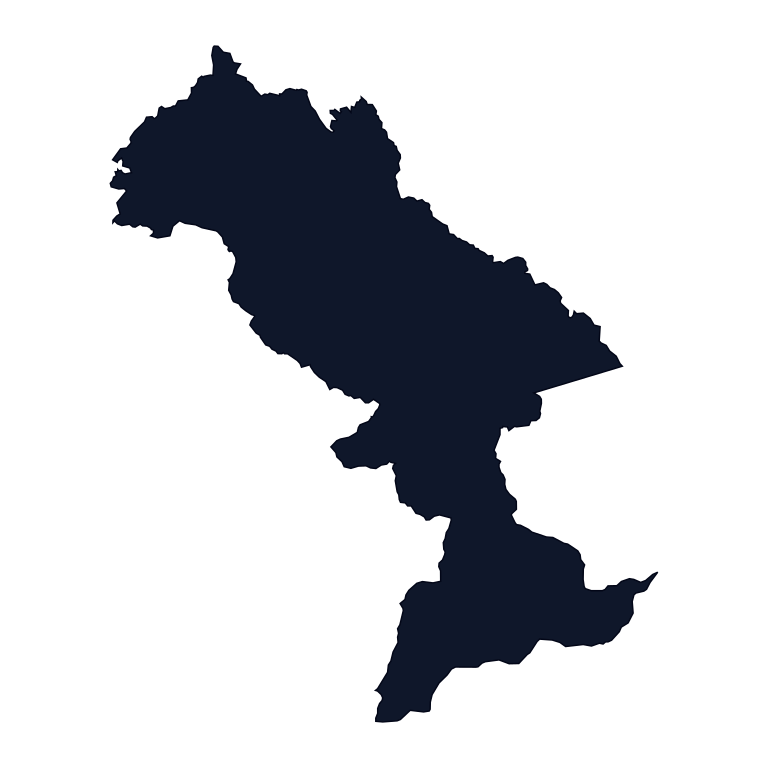 the district of Cocorná, Antioquia, Colombia
{"feature_id": "7082276B66928007387737", "entity_name": "Cocorná", "entity_type": "district", "adm_level": 2, "iso_a3": "COL", "parent_name": "Colombia", "parent_adm1": "Antioquia", "projection": "mercator", "projection_center": [-75.166, 5.993], "detail": "fine", "context": "isolated", "style": "filled", "palette": "ink", "viewbox_px": 768, "rotation_deg": 0, "n_neighbors": 0, "source": "geoboundaries", "source_scale": "gbopen_adm2", "svg_char_len": 6085}
<svg xmlns="http://www.w3.org/2000/svg" viewBox="0 0 768 768"><path d="M113.0,220.2L112.9,222.7L114.5,220.9L117.4,223.8L121.7,225.5L129.6,224.2L132.8,226.8L135.2,227.1L140.2,224.1L142.7,225.9L147.1,226.1L150.6,228.1L151.4,229.5L153.5,230.1L153.4,233.3L150.6,235.8L157.6,237.9L169.9,235.8L172.9,226.2L179.5,220.7L185.1,223.3L195.7,224.8L202.0,227.7L216.1,230.8L217.7,231.8L222.4,237.0L224.2,243.7L228.7,246.6L228.0,249.6L228.7,250.8L229.4,251.5L230.9,250.9L232.6,251.5L235.8,257.5L236.2,261.9L233.0,273.7L229.7,278.8L228.1,279.8L229.4,282.4L228.7,290.3L231.2,294.9L232.1,299.0L233.5,301.6L239.0,303.7L241.2,307.1L245.7,310.7L251.6,314.6L254.5,315.5L254.5,316.7L251.3,321.2L249.9,325.0L256.2,333.1L260.1,335.4L260.4,337.2L265.7,344.9L269.7,346.3L272.0,349.2L276.0,351.1L277.9,353.6L281.9,353.7L283.2,352.6L284.5,353.8L287.6,353.8L297.2,360.4L300.1,363.5L301.5,367.2L310.2,364.7L310.5,366.5L314.4,372.5L319.3,377.2L325.9,381.6L329.8,389.5L333.4,387.4L337.1,387.6L342.6,390.2L345.1,394.3L348.9,395.9L350.9,395.5L354.2,398.4L360.3,397.4L365.4,402.8L368.6,402.8L373.5,399.3L379.5,403.4L379.9,404.7L378.3,408.6L375.6,411.5L373.6,415.8L372.4,417.0L371.3,416.7L371.4,417.7L368.6,421.5L360.1,424.8L358.4,427.6L357.3,432.4L349.0,437.3L340.3,439.1L336.7,440.8L330.9,446.9L335.9,452.6L336.9,456.9L342.0,461.7L344.2,466.7L350.9,468.3L358.4,466.1L366.1,465.8L370.5,467.9L375.9,468.5L381.3,465.0L386.7,464.1L389.4,461.2L390.9,462.3L395.5,463.4L393.4,465.5L392.7,468.5L396.3,475.7L395.3,480.7L397.2,491.8L398.8,494.7L399.3,499.6L400.5,502.3L405.3,502.9L407.6,505.9L411.2,505.9L416.0,513.3L420.1,514.4L424.3,516.9L426.1,520.0L429.4,519.8L434.2,516.2L439.5,514.9L450.9,517.9L451.3,520.1L448.9,528.5L446.3,532.6L445.2,538.6L443.3,542.6L443.8,549.2L445.2,551.9L444.7,554.6L442.5,560.0L439.1,563.1L438.8,566.7L440.6,570.8L440.7,581.3L433.0,582.9L422.4,581.6L416.8,583.3L408.9,590.3L406.0,594.9L405.0,599.5L400.1,603.5L403.0,608.4L403.3,610.7L399.9,624.8L397.6,628.7L398.6,633.3L397.6,637.1L398.1,642.5L393.1,652.0L390.9,661.1L388.4,665.0L387.6,672.3L377.6,688.7L375.5,690.4L377.5,691.0L381.2,694.5L382.7,697.8L382.1,700.5L379.6,703.5L377.7,708.4L377.7,713.4L375.8,718.1L375.8,721.3L382.8,721.9L397.2,720.8L400.4,719.5L410.2,710.3L423.6,711.9L429.2,711.0L430.1,709.3L430.3,702.1L432.1,694.6L439.0,683.0L447.1,675.0L451.5,669.0L455.5,667.0L476.0,667.1L478.0,666.8L482.0,663.1L485.3,661.7L499.0,659.9L509.1,663.7L518.8,663.5L527.2,654.5L529.8,652.8L537.1,641.5L539.6,639.1L552.2,640.0L559.9,642.4L565.6,646.5L583.2,644.5L591.5,646.0L599.4,643.2L603.1,644.0L605.5,641.9L608.2,641.8L611.6,640.2L619.3,631.7L621.3,627.1L628.1,622.9L633.1,613.1L632.2,601.5L633.9,594.9L636.0,593.0L643.9,591.1L646.5,589.3L650.1,582.4L657.7,572.2L652.7,574.5L645.7,580.5L640.7,582.4L633.8,579.4L629.4,578.7L621.4,581.5L616.9,585.7L608.0,585.9L605.1,589.5L602.3,590.7L591.3,590.7L585.2,588.6L584.1,586.4L583.1,579.4L583.3,569.1L584.6,564.9L580.7,559.6L580.1,554.7L577.8,550.9L567.7,544.1L563.8,543.3L552.9,537.5L546.4,537.0L531.8,532.1L528.5,529.4L520.5,525.3L516.5,524.6L515.0,522.6L511.3,515.0L511.8,513.6L516.4,509.3L516.3,501.4L515.3,499.2L509.5,494.3L505.9,489.4L504.7,484.3L505.0,479.4L503.1,474.9L500.8,472.6L499.0,467.2L499.0,464.2L500.5,461.4L495.6,458.4L496.0,453.7L494.0,450.3L500.0,434.7L500.0,428.3L502.6,427.6L502.8,426.5L507.4,427.0L508.9,430.6L514.4,426.4L516.7,426.8L528.9,425.3L530.9,420.7L536.0,420.5L539.4,417.8L540.5,413.6L539.8,411.1L541.4,403.4L541.3,399.2L539.6,396.4L533.8,392.9L622.3,366.2L619.9,363.6L616.2,356.2L609.6,351.0L606.2,345.4L601.1,343.0L599.2,341.0L600.1,326.6L594.0,325.1L590.2,318.5L583.4,313.1L576.6,313.7L574.2,311.2L573.4,315.0L571.9,317.2L570.1,317.8L568.9,317.2L568.1,315.7L568.4,310.5L560.7,303.3L560.1,300.9L561.6,297.5L558.3,292.8L554.4,289.5L550.0,287.8L546.8,284.4L543.6,282.8L534.9,284.9L529.8,274.1L524.8,273.3L524.8,271.9L527.5,270.5L527.7,269.0L525.7,265.5L525.7,262.2L522.8,258.5L517.8,257.1L515.4,257.4L507.9,260.3L503.6,263.5L500.4,261.6L493.2,262.7L492.6,261.6L493.1,257.2L492.1,255.6L487.8,256.0L484.3,252.8L479.1,250.4L478.1,248.7L474.9,248.4L473.3,245.1L469.6,244.8L466.6,242.0L462.0,240.5L459.4,238.5L457.3,238.6L453.6,234.6L449.2,233.9L447.0,225.7L442.7,224.0L432.2,216.6L431.5,212.3L429.2,209.3L429.7,205.3L428.4,203.4L424.9,202.5L422.0,199.7L416.9,201.1L413.8,198.1L408.4,197.0L403.3,199.3L400.4,198.6L396.5,186.6L396.9,182.0L394.9,177.6L395.4,174.5L399.7,169.9L398.2,163.2L400.4,158.0L400.2,154.6L397.1,150.3L396.2,146.4L394.1,145.6L393.5,142.6L387.5,138.6L386.5,132.2L384.6,129.9L381.5,128.6L381.9,122.6L379.0,119.4L378.2,116.2L375.8,114.7L376.4,111.0L372.3,104.6L367.2,104.5L366.2,101.5L361.3,97.1L361.5,98.9L359.8,100.3L359.5,101.8L356.8,102.1L354.7,107.4L351.5,106.5L350.9,112.4L346.6,107.2L340.5,108.9L340.3,110.8L341.4,111.6L340.1,113.4L334.8,109.4L334.0,110.5L330.2,110.5L330.4,113.3L332.5,114.4L337.1,120.1L336.2,120.9L331.9,120.5L330.5,126.6L331.3,128.5L334.3,130.9L332.8,132.3L331.0,132.0L326.1,128.4L319.5,119.3L315.2,111.0L310.9,106.5L306.7,95.0L307.1,92.3L306.2,90.8L301.5,89.2L298.6,90.0L296.8,89.5L296.2,90.3L289.9,88.6L285.9,89.8L281.9,94.0L279.6,93.9L279.7,95.7L269.7,93.3L267.9,94.7L264.8,94.1L261.1,96.3L254.4,89.1L252.5,85.0L248.1,81.4L246.5,81.2L246.0,77.9L235.5,73.9L237.0,69.3L240.5,63.9L234.3,62.9L233.0,61.9L229.9,53.4L223.3,52.2L218.0,46.3L214.2,46.1L213.2,47.4L211.8,55.5L213.6,64.9L213.0,75.4L210.3,75.1L204.0,76.4L203.3,77.4L201.7,76.2L198.2,78.9L197.6,82.4L195.4,85.9L193.5,87.4L191.4,87.7L191.5,93.1L187.8,99.9L178.2,100.9L175.5,106.0L173.3,106.0L170.8,107.5L164.8,108.7L161.5,106.5L159.2,108.1L157.7,115.9L155.2,118.3L154.1,118.5L152.1,116.7L146.5,117.2L144.5,121.9L134.7,131.4L130.5,137.4L130.1,139.3L131.3,142.1L130.4,143.8L126.8,148.0L120.6,148.8L112.6,159.8L117.3,162.4L117.9,160.8L121.6,158.0L123.1,161.4L122.7,165.9L129.8,168.0L131.5,172.7L125.0,174.0L122.5,172.7L121.1,170.4L118.8,170.8L117.8,169.5L117.6,171.7L115.2,171.8L116.3,175.7L113.6,177.2L112.6,180.8L110.3,183.3L111.2,186.8L118.8,189.0L124.4,188.5L126.6,191.0L116.9,202.9L120.2,213.9L116.8,216.0L113.0,220.2Z" fill="#0f172a" stroke="#020617" stroke-width="1.5"/></svg>